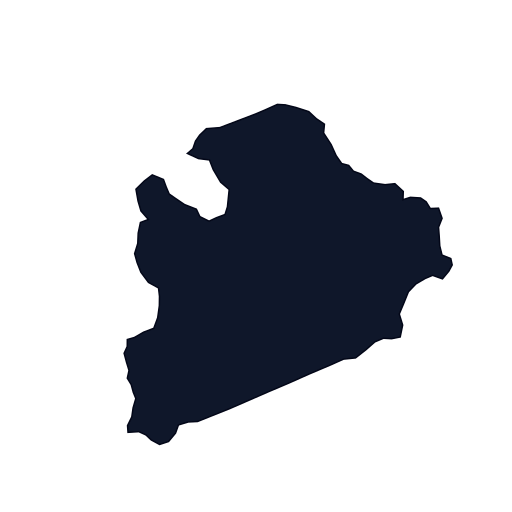 Cajamar, São Paulo, Brazil, rotated 67°
{"feature_id": "56859067B74244976946556", "entity_name": "Cajamar", "entity_type": "district", "adm_level": 2, "iso_a3": "BRA", "parent_name": "Brazil", "parent_adm1": "São Paulo", "projection": "mercator", "projection_center": [-46.876, -23.354], "detail": "fine", "context": "isolated", "style": "filled", "palette": "ink", "viewbox_px": 512, "rotation_deg": 67, "n_neighbors": 0, "source": "geoboundaries", "source_scale": "gbopen_adm2", "svg_char_len": 1605}
<svg xmlns="http://www.w3.org/2000/svg" viewBox="0 0 512 512"><g transform="rotate(67 256 256)"><path d="M388.7,204.2L385.1,191.0L381.5,180.2L381.5,170.8L385.1,163.5L386.9,154.9L376.9,148.0L365.4,146.8L357.6,138.8L348.5,129.7L344.2,119.7L342.8,109.1L342.8,101.0L349.9,93.3L345.3,84.4L340.9,78.9L334.5,77.7L327.8,84.4L318.5,82.9L309.6,79.7L300.8,76.7L294.0,70.0L283.3,69.3L280.4,77.0L272.6,78.2L266.9,81.8L262.3,91.0L261.6,98.7L254.1,95.2L243.7,99.9L240.8,109.3L234.8,119.3L228.0,123.6L221.7,127.1L216.0,133.2L208.8,135.3L204.4,141.0L194.9,143.0L182.8,143.3L169.2,145.7L161.4,141.5L153.2,146.8L143.7,151.0L134.8,161.3L128.3,170.0L124.8,177.1L125.1,191.3L125.1,200.7L123.7,239.1L119.4,251.9L122.7,260.6L126.6,266.8L132.6,272.2L134.8,279.1L143.9,270.8L149.4,261.3L159.8,261.6L174.2,259.7L184.3,254.7L199.6,263.1L205.7,268.3L205.3,277.5L205.6,285.6L197.8,292.3L189.6,292.6L180.7,301.7L171.4,307.7L165.0,311.7L157.3,311.7L149.4,311.3L140.8,319.8L143.3,329.5L147.6,340.4L159.3,343.1L169.6,344.3L180.3,340.8L180.0,349.3L188.9,355.5L198.2,359.9L206.4,366.8L215.5,368.0L226.0,368.3L238.3,365.3L247.3,358.2L255.4,360.6L264.0,364.4L274.4,370.6L282.6,378.3L282.2,389.2L283.5,399.8L282.6,407.1L289.0,409.9L294.0,415.4L303.2,416.7L311.7,417.6L318.2,422.2L325.6,421.1L333.4,422.2L340.2,422.3L347.8,428.5L355.6,433.2L361.9,440.5L368.3,442.7L371.9,432.5L377.6,427.3L384.4,424.3L391.8,418.4L392.6,409.0L387.6,399.3L381.2,393.4L382.3,383.2L385.5,374.5L386.2,338.9L385.8,297.3L385.8,284.4L385.8,275.5L385.4,253.5L385.4,240.6L385.4,228.7L385.1,215.8L388.7,204.2Z" fill="#0f172a" stroke="#020617" stroke-width="1.5"/></g></svg>